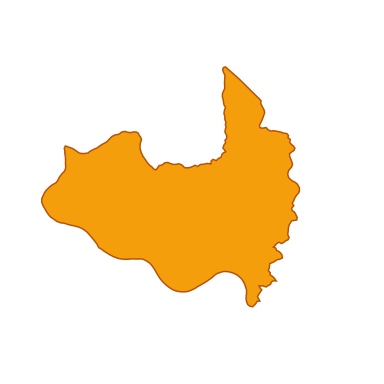 the district of Ponto Chique, Minas Gerais, Brazil, rotated 313°
{"feature_id": "56859067B60283118816321", "entity_name": "Ponto Chique", "entity_type": "district", "adm_level": 2, "iso_a3": "BRA", "parent_name": "Brazil", "parent_adm1": "Minas Gerais", "projection": "robinson", "projection_center": [-44.962, -16.605], "detail": "fine", "context": "isolated", "style": "filled", "palette": "amber", "viewbox_px": 384, "rotation_deg": 313, "n_neighbors": 0, "source": "geoboundaries", "source_scale": "gbopen_adm2", "svg_char_len": 3925}
<svg xmlns="http://www.w3.org/2000/svg" viewBox="0 0 384 384"><g transform="rotate(313 192 192)"><path d="M149.5,314.7L153.5,314.8L156.6,314.2L158.5,316.0L160.2,311.2L163.3,310.5L165.9,310.1L168.0,309.8L168.3,307.2L169.0,305.0L171.8,308.1L173.0,310.9L175.4,311.5L178.0,312.4L180.7,311.4L183.1,312.5L184.4,314.3L185.0,311.8L185.2,308.5L184.7,305.5L186.4,304.3L186.5,301.5L189.2,300.3L192.7,297.7L195.5,299.1L198.2,299.9L200.4,300.4L202.8,302.1L205.6,303.1L207.5,300.3L207.9,296.8L207.0,293.7L208.1,291.5L207.2,289.1L209.6,289.4L211.9,289.1L214.6,289.9L215.3,292.6L217.7,293.5L220.2,293.8L222.6,294.8L224.9,294.1L226.2,291.0L229.3,288.8L231.8,286.8L234.3,285.5L237.0,284.9L239.1,284.6L240.8,286.1L242.9,287.7L245.0,286.4L246.2,283.7L247.2,280.7L246.7,277.8L248.1,276.0L251.4,275.8L252.0,273.2L255.0,272.3L258.0,271.2L260.1,270.8L262.1,270.6L264.2,270.6L266.3,269.7L268.3,267.5L269.6,263.8L269.5,261.0L268.6,258.2L268.3,255.3L268.5,252.7L270.2,250.0L272.2,248.7L274.5,247.9L277.9,247.9L280.6,246.8L282.1,244.6L283.1,242.5L284.4,239.7L286.4,237.2L289.1,237.6L292.2,238.2L294.2,237.4L294.8,235.0L294.6,232.3L294.9,229.6L297.4,228.1L297.2,225.1L299.1,224.0L299.4,221.4L297.6,218.9L296.3,215.8L294.3,212.7L292.3,209.6L290.4,208.3L289.4,205.4L289.7,202.3L286.7,200.0L285.4,197.9L286.7,195.9L289.4,195.1L292.6,194.1L295.5,192.9L297.4,192.0L299.4,191.2L301.1,188.9L302.4,185.1L303.6,181.9L305.9,180.2L306.8,149.8L306.3,131.1L304.3,130.1L302.2,131.2L300.9,133.6L299.9,136.4L298.0,138.0L295.8,139.8L293.5,141.8L291.6,143.8L289.9,145.4L287.3,146.2L284.7,147.2L282.3,149.3L280.8,151.9L279.0,154.0L277.4,156.3L276.9,158.6L273.9,160.0L271.2,161.8L269.7,164.5L267.6,166.4L266.0,169.4L263.9,170.5L262.8,172.7L260.7,173.5L258.3,175.2L256.8,179.1L254.7,180.9L252.4,180.8L250.9,183.0L247.8,183.4L245.3,184.6L244.5,189.2L240.9,188.0L236.8,189.6L234.7,188.4L231.6,188.4L230.1,185.1L227.7,184.9L225.5,186.7L223.2,183.5L220.6,181.9L217.9,179.4L214.5,178.7L213.6,176.0L211.7,175.3L208.9,174.1L206.2,171.9L204.7,169.8L204.9,166.4L203.7,163.1L201.4,161.5L199.4,159.5L198.1,156.8L197.0,154.0L194.8,152.2L191.5,151.8L188.9,149.9L185.8,150.4L183.7,150.6L182.7,148.3L183.0,145.9L182.7,142.9L183.0,139.5L183.7,136.5L184.2,134.0L184.8,131.5L186.2,128.0L188.0,124.9L189.6,123.1L191.6,121.5L193.7,120.3L195.7,119.5L197.0,117.2L197.5,114.7L198.4,112.5L197.8,110.2L196.2,108.4L193.6,106.6L191.6,104.0L190.7,101.7L187.7,99.6L184.8,99.3L182.9,98.1L180.9,96.6L177.8,95.6L175.7,95.5L172.8,95.5L170.7,95.4L168.7,94.9L166.1,94.0L162.9,93.1L159.5,92.5L156.9,91.3L154.4,90.4L152.0,89.6L149.5,89.3L147.2,87.4L145.0,85.2L143.5,82.7L143.1,79.1L142.4,75.2L141.0,71.8L139.3,68.0L136.8,68.8L135.3,71.0L133.1,73.1L131.6,75.2L130.0,76.8L128.3,78.5L126.3,80.2L124.6,82.2L122.7,83.6L120.4,84.5L116.1,84.5L112.3,84.9L108.7,86.0L106.0,86.2L102.6,85.1L99.1,84.4L95.9,84.3L93.6,84.2L90.6,84.7L88.5,85.4L84.7,86.7L81.9,89.3L80.3,92.6L79.7,94.9L78.7,97.9L77.8,101.4L77.2,105.5L77.8,109.1L78.3,113.1L80.0,117.2L81.9,119.6L83.6,123.2L85.2,126.3L86.8,128.7L88.9,132.7L90.2,136.1L90.8,139.3L91.1,142.7L90.8,145.8L90.4,149.5L89.8,154.0L89.1,158.1L87.7,161.7L88.4,164.4L88.7,167.6L89.3,170.8L90.1,174.9L91.0,178.1L92.0,180.8L93.4,183.9L95.2,186.5L97.5,189.4L99.3,191.2L101.4,193.0L103.2,194.9L105.1,197.1L107.7,199.7L109.4,201.9L110.5,205.4L111.2,209.9L110.8,213.1L110.2,215.9L109.4,219.0L108.5,221.7L107.7,224.7L107.0,227.3L106.5,230.2L106.3,233.7L106.4,237.8L106.7,240.7L107.3,244.0L108.5,247.4L109.9,249.8L111.4,251.9L113.5,254.2L115.6,256.2L117.7,257.5L120.7,258.9L123.8,260.0L126.7,260.7L129.5,261.6L133.4,262.8L136.3,263.6L138.6,264.1L141.1,264.6L143.5,265.1L147.2,265.4L149.5,266.0L151.7,267.2L153.9,268.3L156.1,270.0L158.4,272.8L159.6,274.9L161.1,278.1L162.0,281.4L162.3,283.7L162.3,286.9L161.8,289.8L160.6,293.2L159.1,296.0L157.5,298.7L155.1,301.0L152.7,302.7L150.4,304.8L148.9,306.9L147.7,309.6L147.9,312.1L149.5,314.7Z" fill="#f59e0b" stroke="#b45309" stroke-width="1.5"/></g></svg>